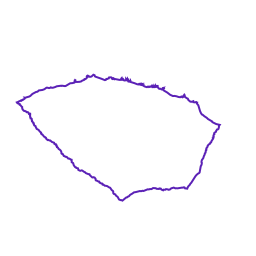 the district of Sao Lourenco, São Filipe, Cabo Verde, rotated 56°
{"feature_id": "66160863B41356087556588", "entity_name": "Sao Lourenco", "entity_type": "district", "adm_level": 2, "iso_a3": "CPV", "parent_name": "Cabo Verde", "parent_adm1": "São Filipe", "projection": "robinson", "projection_center": [-24.437, 14.978], "detail": "fine", "context": "isolated", "style": "outline", "palette": "violet", "viewbox_px": 256, "rotation_deg": 56, "n_neighbors": 0, "source": "geoboundaries", "source_scale": "gbopen_adm2", "svg_char_len": 5772}
<svg xmlns="http://www.w3.org/2000/svg" viewBox="0 0 256 256"><g transform="rotate(56 128 128)"><path d="M185.1,173.2L184.6,168.5L185.0,167.4L184.8,166.8L185.1,165.4L184.6,163.6L184.8,161.0L184.7,159.1L185.5,157.3L186.9,153.4L187.7,152.5L188.2,151.0L188.8,150.5L189.0,149.9L189.8,146.1L190.6,145.0L190.9,143.9L191.8,142.6L191.8,140.8L193.5,138.6L194.3,138.4L195.6,136.8L195.7,136.6L195.6,135.9L196.2,135.6L196.2,135.1L196.6,134.7L197.8,134.7L199.3,133.7L199.0,133.0L200.0,131.7L199.9,130.7L201.2,129.3L201.9,128.9L202.4,127.7L202.2,125.9L203.0,123.4L204.5,122.5L204.7,122.0L205.7,120.7L207.7,116.4L208.2,115.8L208.4,114.8L208.9,114.4L209.9,114.5L211.4,112.8L210.9,112.2L210.1,110.7L209.6,108.4L209.1,107.6L208.8,106.2L205.7,99.1L205.2,97.4L205.0,95.7L205.1,94.1L204.9,93.5L200.4,89.1L199.6,87.6L198.7,86.7L198.1,86.2L197.4,86.2L196.5,85.4L195.8,84.5L195.1,82.5L193.5,80.5L193.0,79.4L192.0,78.5L191.8,77.5L190.3,76.2L190.2,75.5L189.9,75.2L189.3,75.1L189.1,74.6L188.6,74.3L188.1,72.7L187.4,72.1L187.3,71.5L186.9,70.9L186.8,69.6L186.9,68.8L186.2,67.9L186.4,67.1L185.6,66.2L184.5,63.6L183.8,63.3L184.0,62.8L183.9,62.5L183.0,62.2L182.8,61.6L182.2,61.5L181.6,60.7L181.4,59.8L180.6,59.6L180.3,59.1L180.3,57.1L179.7,56.6L179.0,55.0L179.4,54.2L179.3,53.5L178.2,52.2L177.2,51.5L176.7,50.2L174.0,52.7L170.8,54.5L170.2,54.8L169.6,54.6L165.2,56.7L163.6,57.0L161.0,58.1L158.8,58.7L158.1,59.2L156.5,59.2L154.2,58.8L148.5,57.0L146.2,57.2L145.6,56.5L145.4,56.7L144.6,56.9L144.1,58.3L143.2,59.3L142.3,58.9L141.9,60.5L141.0,61.6L138.5,62.3L137.1,62.0L136.4,62.5L134.1,63.4L132.7,62.8L132.3,63.2L132.1,62.7L131.9,62.7L132.4,64.1L133.1,64.8L133.1,65.6L132.7,65.9L131.9,65.9L131.7,66.4L131.8,66.8L131.7,67.5L130.5,68.8L128.9,70.0L127.5,71.4L126.6,72.9L124.0,74.5L120.6,75.6L117.0,77.3L115.8,77.4L115.3,77.0L115.3,76.1L115.0,76.1L114.8,76.6L114.6,76.1L114.4,76.6L114.9,76.8L115.0,77.5L115.4,78.0L114.7,78.7L113.8,78.9L113.0,80.2L110.8,80.6L110.2,81.0L109.8,80.9L109.9,80.0L109.7,79.9L109.5,80.2L109.6,80.7L109.4,80.8L109.3,80.2L109.0,81.1L109.5,81.8L109.4,82.0L109.1,81.8L109.4,82.1L109.3,82.4L108.7,82.1L109.0,82.6L108.7,83.0L108.4,83.1L107.7,83.0L108.4,83.9L108.1,84.4L107.9,84.2L107.7,84.6L107.2,84.2L106.5,84.3L107.0,85.0L106.5,85.3L106.6,85.6L106.3,85.9L105.6,85.6L106.3,86.4L105.8,87.7L105.4,87.7L105.4,88.0L104.8,88.4L104.8,89.3L104.5,89.7L102.7,91.1L101.6,91.5L101.3,91.3L101.3,91.7L99.8,92.4L99.6,92.4L99.4,91.7L99.3,91.9L99.7,93.0L98.1,94.2L97.9,94.3L97.8,93.8L97.6,94.2L97.9,94.8L96.9,95.9L94.4,97.6L91.3,100.1L90.8,100.3L90.6,100.1L90.5,100.5L90.5,100.2L90.0,99.9L90.3,100.8L89.6,101.1L89.6,101.4L88.9,101.2L89.1,101.7L88.6,101.7L88.4,101.0L88.3,101.5L87.9,101.7L87.5,100.9L87.2,101.2L87.0,100.9L87.1,101.4L86.9,101.3L87.1,101.8L86.9,101.9L87.1,102.3L86.5,102.3L87.3,102.9L87.0,103.7L86.4,103.5L86.8,103.7L86.6,104.2L86.1,104.8L85.3,105.3L84.8,104.7L84.2,104.8L84.1,105.3L84.6,106.0L84.4,106.3L83.9,106.3L83.8,105.7L83.1,105.4L83.2,105.9L84.1,107.0L83.4,108.1L79.9,111.6L79.9,112.0L79.6,112.0L79.0,112.8L78.7,113.0L78.3,112.5L78.0,112.9L78.2,113.2L78.5,113.0L78.9,113.2L78.8,113.5L78.3,113.7L77.5,113.5L76.8,113.5L76.1,114.3L75.5,115.5L76.1,116.2L75.8,117.0L75.8,117.7L75.2,118.5L75.3,118.8L75.6,119.0L75.7,119.5L75.4,120.4L72.3,122.5L67.1,126.4L66.6,126.5L65.5,126.2L64.5,126.9L64.9,129.4L64.5,130.6L63.3,132.1L63.0,131.6L62.8,131.7L62.0,132.1L61.9,132.6L62.0,132.9L62.4,133.0L62.5,133.5L62.9,133.5L63.4,134.1L63.6,134.9L63.6,135.8L63.2,136.5L63.2,137.0L63.6,137.3L63.1,139.6L63.2,140.8L62.5,142.6L60.8,145.3L60.4,145.7L59.6,145.4L59.0,144.9L58.8,145.0L59.0,145.2L58.7,145.2L58.7,145.5L59.4,146.2L60.1,146.2L60.4,147.0L59.7,149.0L58.6,150.9L58.3,156.3L57.9,157.0L55.9,159.2L55.8,159.8L55.4,160.1L53.6,163.7L53.3,165.6L52.6,167.8L52.1,168.6L51.1,169.3L51.1,170.4L50.7,171.2L49.2,172.6L49.0,173.3L49.1,175.6L48.6,177.7L47.0,180.9L47.3,182.7L46.7,184.1L46.3,188.2L46.8,191.0L46.7,192.3L45.8,195.0L45.6,196.0L45.1,196.6L45.5,196.6L45.9,197.3L45.9,198.9L45.9,199.4L45.7,199.4L45.7,200.4L45.4,200.7L45.3,201.2L45.6,201.5L45.3,201.8L44.9,204.0L45.0,204.3L44.6,205.8L45.5,205.8L47.2,204.8L47.6,204.4L48.2,204.8L48.9,204.4L50.9,204.2L51.4,204.0L52.3,204.6L52.9,204.7L53.5,205.0L55.2,204.8L55.9,204.5L56.1,204.0L57.5,203.2L58.2,203.2L58.7,202.3L59.0,202.1L59.4,202.0L61.1,202.3L61.3,202.1L61.1,201.4L61.4,201.1L62.5,201.8L63.0,202.4L63.5,202.5L64.1,203.0L64.6,202.9L65.5,203.4L65.9,202.9L66.6,202.7L67.7,203.4L68.1,203.3L68.8,203.9L70.9,203.4L71.2,203.5L71.2,203.9L71.4,204.0L72.3,203.8L72.9,204.2L73.6,204.2L74.7,203.6L76.2,204.1L77.0,204.0L77.7,204.2L79.5,203.2L81.7,203.1L83.2,202.6L84.0,203.2L84.4,202.9L85.1,203.0L85.6,202.6L88.3,202.4L89.0,201.9L89.8,201.9L90.2,201.5L91.3,201.8L92.1,201.7L92.6,201.3L93.1,201.3L93.4,200.6L94.5,200.1L94.9,199.4L97.0,198.9L98.9,197.5L100.0,197.9L101.2,196.9L101.7,197.3L102.3,196.9L103.1,197.4L103.6,197.1L104.2,197.6L105.1,197.1L106.7,197.2L107.7,196.7L109.2,196.4L110.7,196.7L111.9,197.4L112.4,197.3L112.8,196.8L113.3,196.6L115.2,196.9L116.0,196.2L116.9,196.0L117.6,195.0L120.0,194.6L120.4,193.9L121.7,193.2L122.1,193.2L122.8,192.5L124.9,193.8L126.4,193.1L128.6,193.8L130.8,193.7L131.6,193.1L132.2,193.2L133.5,192.0L135.0,192.6L136.4,191.8L136.8,191.5L137.2,190.1L137.7,189.7L140.1,188.8L140.5,188.4L141.8,188.2L144.0,186.7L144.8,185.8L145.7,186.0L148.9,185.3L149.4,184.8L149.5,184.1L150.4,183.4L152.0,183.3L152.9,183.9L153.5,183.9L154.7,183.0L156.0,182.4L156.4,181.8L157.5,182.1L158.1,181.6L159.3,181.1L159.7,180.4L160.5,180.3L160.9,180.6L161.6,179.9L162.9,179.5L163.4,178.8L164.6,177.7L166.6,176.9L167.6,176.2L170.4,176.2L171.8,175.7L172.7,175.9L173.6,176.6L174.7,176.6L175.2,176.1L176.1,175.6L176.7,175.8L177.6,175.7L179.3,175.1L182.2,175.4L182.9,175.0L183.7,174.4L184.0,173.9L185.1,173.2Z" fill="none" stroke="#5b21b6" stroke-width="2"/></g></svg>